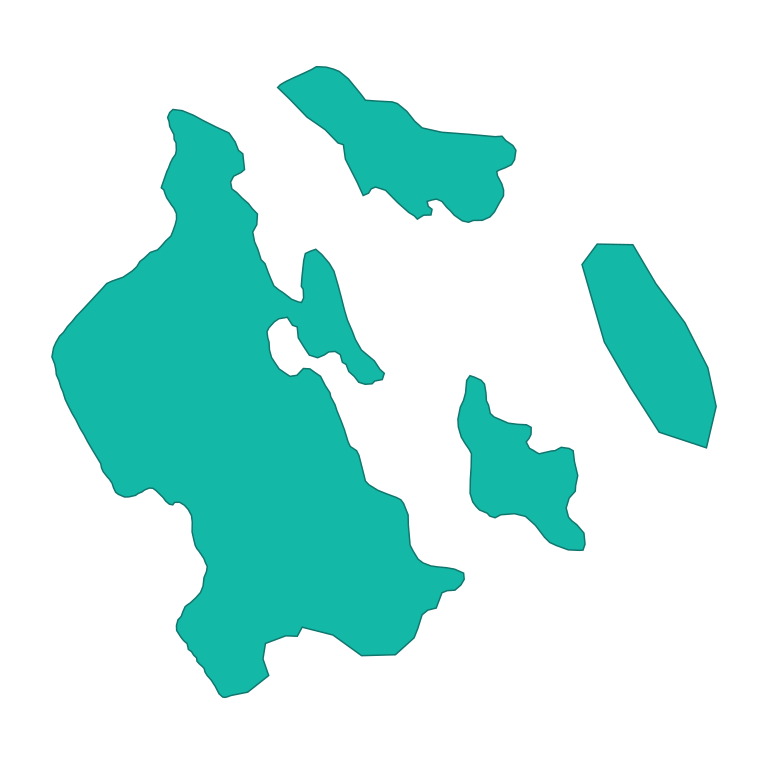 the district of Haninge, Stockholm, Sweden, rotated 271°
{"feature_id": "70781695B75191882374760", "entity_name": "Haninge", "entity_type": "district", "adm_level": 2, "iso_a3": "SWE", "parent_name": "Sweden", "parent_adm1": "Stockholm", "projection": "mercator", "projection_center": [18.21, 59.063], "detail": "fine", "context": "isolated", "style": "filled", "palette": "teal", "viewbox_px": 768, "rotation_deg": 271, "n_neighbors": 0, "source": "geoboundaries", "source_scale": "gbopen_adm2", "svg_char_len": 5447}
<svg xmlns="http://www.w3.org/2000/svg" viewBox="0 0 768 768"><g transform="rotate(271 384 384)"><path d="M160.9,440.1L176.3,445.6L178.5,450.9L179.1,458.5L184.4,464.4L190.1,467.6L196.3,466.9L200.1,457.8L201.4,449.7L202.0,441.5L202.9,434.0L205.8,426.1L209.5,421.1L217.4,416.1L223.3,412.9L231.8,412.0L243.4,410.8L253.5,410.4L264.8,405.7L268.5,402.9L270.7,398.5L274.5,387.8L277.6,379.7L283.0,370.6L286.7,367.1L292.4,365.6L307.4,361.5L312.2,360.2L316.9,357.7L320.9,351.4L325.3,349.2L337.6,345.2L345.7,342.0L356.7,337.3L362.4,335.4L365.8,333.5L370.2,331.0L374.3,330.1L381.2,325.4L390.6,320.4L394.7,314.1L397.8,309.7L398.1,303.1L391.2,296.8L390.0,289.9L393.4,284.6L397.2,278.9L402.9,274.9L408.5,271.1L416.0,268.9L423.9,268.3L428.0,267.0L434.2,266.1L438.3,268.0L444.3,273.3L447.4,277.7L449.0,286.2L441.1,291.5L439.6,296.2L428.6,297.5L419.5,303.4L411.6,308.8L409.1,317.2L412.0,323.8L415.1,328.2L415.7,334.5L412.6,339.8L405.0,342.0L402.9,345.8L395.9,348.6L390.9,354.3L385.3,358.7L383.4,365.2L384.0,372.1L386.8,374.7L388.4,382.2L394.7,384.1L398.5,379.7L406.9,374.0L413.2,366.2L417.6,360.8L428.0,354.6L436.1,351.4L447.1,346.4L456.8,343.3L469.7,339.8L481.7,336.4L495.9,332.0L503.8,327.1L512.6,319.3L517.5,313.4L515.5,308.0L513.1,303.1L506.2,301.6L489.6,300.1L480.2,299.6L477.3,301.6L468.5,302.1L464.1,300.1L464.5,297.2L467.0,290.3L473.9,281.0L476.3,277.1L480.2,272.2L487.6,268.8L493.5,266.3L502.3,262.9L506.2,258.9L516.5,255.5L523.9,252.1L533.7,250.1L541.0,254.0L551.8,254.5L557.2,249.1L562.1,245.2L567.5,238.8L572.9,233.4L576.4,228.5L583.2,227.1L589.1,230.0L593.0,237.4L596.0,240.8L611.7,238.8L615.1,234.4L623.4,231.0L632.3,224.6L638.1,211.4L644.5,198.1L649.4,188.8L653.8,177.5L654.8,168.2L651.7,165.0L646.7,163.0L642.4,164.6L637.9,165.2L633.7,167.4L629.7,169.6L624.8,169.9L621.4,171.9L613.9,172.3L609.9,171.5L605.8,168.7L601.2,166.5L596.0,164.7L592.8,163.2L576.9,158.0L576.2,157.9L574.4,160.4L570.4,161.8L566.2,163.6L563.1,165.8L559.5,168.2L556.1,170.9L550.7,173.5L545.1,173.7L539.8,172.5L533.2,170.3L528.2,168.4L523.4,163.4L518.1,159.0L514.1,155.2L511.5,148.0L505.7,142.1L502.1,137.7L497.1,134.9L492.6,130.3L486.2,121.2L482.2,110.4L479.6,105.0L473.8,100.0L467.7,94.5L464.1,91.3L458.1,85.9L452.3,80.7L446.2,75.0L441.2,71.2L436.0,66.6L430.0,62.6L426.2,58.8L420.1,55.4L414.5,53.0L405.3,51.5L398.2,54.4L393.0,55.6L387.6,56.2L381.6,59.0L375.1,61.0L370.9,63.0L362.9,65.6L357.7,68.2L355.2,69.5L349.0,72.8L343.0,76.5L334.4,80.9L328.1,84.9L321.1,88.7L312.9,93.7L299.4,102.2L295.2,103.0L291.4,104.8L286.2,109.0L284.1,111.0L280.1,113.8L275.5,115.4L271.1,117.6L269.1,120.2L266.5,126.5L266.7,130.9L268.3,137.5L270.3,140.2L271.8,143.8L273.9,146.5L275.9,151.2L275.7,154.8L273.5,157.9L266.7,165.1L263.1,167.8L260.1,171.5L259.5,174.9L262.0,176.7L262.2,181.7L259.3,186.6L255.2,190.4L249.2,193.8L242.6,194.7L232.7,194.7L226.1,196.3L219.5,198.0L216.2,199.7L214.0,201.6L210.1,204.4L206.3,207.0L202.0,208.7L198.5,210.5L193.4,209.8L187.2,207.4L178.7,206.6L172.4,204.2L169.9,202.1L167.0,199.6L161.6,194.0L159.8,191.3L157.8,189.0L152.5,186.8L148.1,185.3L144.6,182.1L138.9,180.7L137.0,180.8L133.9,181.0L129.5,183.9L127.3,185.4L124.2,187.9L122.3,190.0L121.2,191.6L117.3,192.6L115.2,193.0L113.1,196.2L109.6,198.4L106.9,201.4L103.5,201.9L101.1,204.1L98.5,207.1L96.5,209.1L92.9,210.1L89.4,212.3L86.4,215.1L84.8,216.5L81.0,219.0L79.0,220.4L74.7,222.7L71.4,224.5L68.2,228.1L67.9,230.7L68.7,233.4L69.9,236.5L73.5,253.1L90.5,273.8L106.9,267.8L107.7,267.9L122.5,270.0L130.5,290.1L130.3,301.7L139.4,306.4L132.1,337.4L112.0,366.3L113.5,400.1L130.7,418.5L140.0,422.0L153.9,426.1L158.7,431.8L160.9,440.0L160.9,440.1ZM640.7,417.7L647.3,410.1L657.1,402.0L664.6,392.5L666.2,387.2L666.8,371.2L667.4,360.5L673.4,355.8L688.5,343.0L695.7,333.9L697.9,328.2L699.8,320.7L700.1,310.9L696.9,305.6L693.5,298.7L689.1,289.3L684.7,280.5L681.5,275.2L678.6,272.5L667.1,284.8L649.5,302.4L637.2,320.8L624.2,333.8L622.6,339.2L608.1,341.5L585.1,353.7L572.1,359.9L574.5,365.2L578.9,367.8L580.8,372.1L577.7,382.2L565.7,394.4L556.0,405.7L552.6,411.4L549.4,414.5L551.6,417.7L553.5,420.8L553.8,428.0L559.5,429.0L562.3,425.2L567.3,423.9L568.9,429.0L569.8,433.3L567.6,438.7L561.7,443.7L558.2,447.5L554.1,451.2L548.5,459.4L547.2,465.7L549.1,470.4L549.4,479.5L552.9,487.0L557.9,491.4L567.0,496.1L574.2,500.2L579.9,500.2L586.1,498.3L594.0,493.9L598.4,493.0L599.9,495.5L602.5,501.8L605.6,507.7L610.6,510.6L620.0,511.8L624.7,508.7L629.5,501.5L633.8,497.7L633.2,490.8L635.1,465.0L636.7,437.4L640.7,417.7ZM405.9,707.5L450.5,683.8L489.0,654.1L527.6,630.4L527.6,594.7L506.9,579.9L429.7,603.6L385.1,630.4L340.6,660.0L325.8,707.5L367.3,716.5L405.9,707.5ZM393.8,469.8L389.0,466.6L376.5,465.7L369.0,463.8L362.1,460.7L350.1,458.5L342.3,459.1L332.2,462.2L326.0,466.1L320.0,470.4L315.9,472.6L302.4,472.6L290.5,472.0L276.1,472.0L267.6,474.8L263.2,478.2L259.7,481.7L256.6,489.5L253.8,492.0L252.2,497.4L255.3,503.0L256.6,516.8L254.1,527.8L245.3,537.9L233.4,547.3L228.4,552.6L225.5,559.2L221.4,571.1L221.1,582.4L221.4,585.9L227.4,587.8L238.4,586.5L246.6,579.3L250.6,574.0L254.1,570.8L263.2,568.3L273.2,571.1L280.1,577.1L285.8,577.4L295.8,579.3L309.6,575.8L320.6,574.3L322.8,570.2L323.8,562.3L320.3,556.1L320.0,552.9L318.4,546.3L316.9,540.4L318.1,537.9L320.3,534.4L322.2,530.6L328.5,527.2L332.2,530.0L336.3,531.9L343.2,531.9L345.7,527.2L346.0,518.4L347.0,509.0L349.2,503.7L353.0,494.5L356.4,490.8L364.6,488.9L369.0,486.7L376.8,486.1L385.6,484.5L389.4,481.1L392.5,474.1L393.8,469.8Z" fill="#14b8a6" stroke="#0f766e" stroke-width="1.5"/></g></svg>